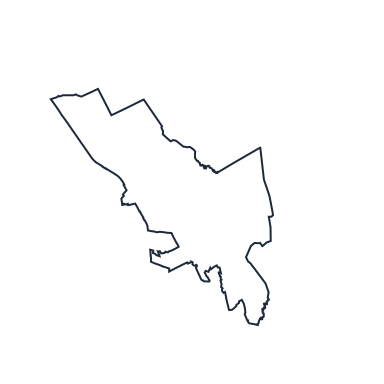 the district of Žīguru pag., Vilakas, Latvia, rotated 62°
{"feature_id": "27541924B94505112001659", "entity_name": "Žīguru pag.", "entity_type": "district", "adm_level": 2, "iso_a3": "LVA", "parent_name": "Latvia", "parent_adm1": "Vilakas", "projection": "robinson", "projection_center": [27.752, 57.307], "detail": "fine", "context": "isolated", "style": "outline", "palette": "slate", "viewbox_px": 384, "rotation_deg": 62, "n_neighbors": 0, "source": "geoboundaries", "source_scale": "gbopen_adm2", "svg_char_len": 5839}
<svg xmlns="http://www.w3.org/2000/svg" viewBox="0 0 384 384"><g transform="rotate(62 192 192)"><path d="M51.1,250.9L50.2,252.6L49.2,254.5L46.1,260.3L45.9,261.3L45.6,263.5L45.4,264.1L45.1,264.5L44.8,264.7L44.5,264.8L44.8,266.2L44.8,267.5L44.5,269.0L43.8,272.6L43.8,273.1L50.9,272.1L56.8,271.4L62.9,270.9L70.5,269.8L113.6,264.7L116.4,264.3L119.5,263.3L119.9,263.3L120.9,262.8L120.9,262.7L126.3,259.6L128.0,258.7L128.1,258.9L130.6,257.5L131.2,257.1L130.9,256.9L132.6,256.0L138.6,252.4L142.3,250.4L143.9,249.7L145.2,249.3L146.6,248.9L148.7,248.6L150.1,248.4L153.8,248.3L153.8,249.1L159.8,249.0L161.2,252.9L161.9,254.2L163.5,254.0L164.4,257.0L164.6,257.4L170.8,259.7L171.0,259.2L170.8,258.8L170.4,258.5L170.5,258.4L170.9,258.2L171.0,258.1L170.9,258.0L170.4,257.7L170.5,257.4L171.2,257.1L171.3,257.0L171.4,256.8L172.1,256.2L172.3,255.9L172.1,255.3L172.2,255.2L172.3,254.2L173.7,254.5L174.3,252.2L175.6,247.6L180.3,247.4L180.6,247.5L184.7,247.5L184.7,247.1L188.0,247.2L191.8,246.9L192.0,247.4L194.5,247.3L194.6,247.0L198.5,247.0L200.7,247.2L205.3,248.9L207.3,246.5L208.1,245.5L208.7,244.4L209.5,243.6L210.3,242.7L211.1,241.9L211.5,240.6L211.7,239.8L212.5,238.3L214.7,235.2L216.4,233.0L217.2,231.6L218.6,229.4L223.1,229.6L227.2,229.6L229.8,229.6L230.2,229.4L234.1,229.5L234.1,231.3L234.2,231.9L234.1,237.7L233.6,239.9L234.0,241.6L232.2,243.5L233.0,244.7L231.8,248.0L229.2,248.2L228.7,249.7L228.4,250.0L233.4,250.8L231.0,253.1L229.4,253.5L227.6,255.1L225.6,253.7L223.4,256.0L229.1,258.4L229.0,258.5L231.8,259.5L233.1,260.2L234.2,261.0L234.3,261.0L238.0,258.0L240.7,255.4L243.3,253.2L243.4,253.3L245.8,251.0L245.9,250.9L246.8,249.9L248.9,248.1L251.5,249.5L251.5,244.6L251.7,235.2L251.9,229.7L252.3,229.5L252.2,229.3L252.7,229.2L253.3,229.2L253.4,227.5L253.5,225.1L253.4,225.1L253.9,224.6L254.1,224.5L255.0,224.7L255.3,224.9L256.0,225.5L256.2,225.4L256.6,225.4L257.3,225.1L257.9,224.7L258.5,224.0L258.6,223.6L258.4,223.1L258.3,222.4L258.8,222.2L259.4,222.2L259.7,222.4L259.9,222.6L260.4,223.8L261.2,224.2L269.3,224.7L273.9,224.9L274.9,224.4L275.3,223.7L276.4,223.4L276.7,223.1L279.1,218.8L278.5,218.0L274.0,218.3L273.4,218.7L268.9,218.5L268.1,216.9L270.2,214.9L269.6,214.2L267.5,211.5L269.1,211.5L268.7,209.2L268.4,207.0L268.5,204.6L270.6,204.7L271.7,203.1L276.9,204.5L275.7,205.1L275.6,206.2L277.1,206.6L278.9,206.4L279.4,206.9L280.4,206.4L281.1,206.8L282.4,207.5L283.3,207.2L283.6,208.4L287.4,209.2L289.5,210.9L291.4,210.2L291.8,211.1L293.6,211.9L295.8,211.5L295.8,209.8L301.3,211.4L301.4,211.6L309.2,213.6L312.0,214.3L313.7,214.6L314.8,212.0L314.4,209.8L313.7,207.2L313.5,206.4L312.5,205.8L312.1,203.5L312.0,202.6L310.6,201.7L310.6,198.7L315.0,198.7L318.2,199.5L320.9,200.4L323.6,201.5L324.4,202.7L324.9,202.9L325.5,202.9L331.3,203.5L331.5,203.4L331.7,203.2L331.8,202.9L332.3,203.2L333.0,203.5L334.8,203.1L335.9,201.7L338.4,198.5L338.5,198.5L340.2,196.5L339.6,196.4L339.2,196.1L339.2,195.9L339.2,195.5L339.3,195.3L339.3,195.1L338.6,194.5L337.3,193.5L335.6,191.1L335.5,190.7L336.0,190.7L336.4,190.7L336.8,190.6L337.1,190.4L337.2,190.1L337.2,189.7L336.4,189.4L335.7,189.1L335.7,188.9L335.8,188.7L335.6,188.2L335.9,187.9L335.8,187.5L335.6,187.3L335.3,187.0L335.2,186.8L333.9,186.3L333.1,185.7L332.8,185.7L332.6,185.8L332.3,186.2L332.0,186.3L331.5,186.2L330.6,185.9L330.2,185.3L330.2,185.1L330.2,184.8L329.8,184.7L329.6,184.5L329.5,184.4L329.4,184.4L329.3,184.5L329.4,184.9L329.3,185.0L328.9,185.2L328.5,185.0L328.3,184.8L328.3,184.5L328.3,184.2L328.4,183.7L328.5,183.6L328.8,183.5L328.8,183.1L328.4,182.9L327.9,182.8L327.8,182.7L327.9,182.4L328.7,182.3L328.8,182.1L328.8,181.9L328.7,181.8L328.4,181.7L327.8,181.7L327.6,181.6L327.6,181.4L327.4,181.3L327.0,181.3L326.9,181.4L326.6,181.4L326.5,181.2L326.5,180.9L326.3,180.8L325.8,180.8L325.6,180.8L325.3,180.9L325.1,181.0L324.9,181.1L324.5,181.0L324.3,180.8L324.3,180.7L324.7,180.3L325.0,180.3L325.5,180.3L325.7,180.2L325.8,180.0L325.7,179.7L325.4,179.4L325.1,179.2L325.2,178.9L325.9,178.8L326.2,178.6L326.3,178.5L326.2,178.3L325.9,178.1L325.0,178.1L323.9,177.6L323.8,177.3L323.9,177.0L324.0,176.8L323.8,176.4L323.7,176.3L323.1,175.9L323.0,175.6L323.2,175.3L323.2,175.2L322.9,175.0L323.0,174.7L320.7,174.7L316.5,171.4L307.2,170.0L287.6,173.0L286.0,173.4L282.7,173.8L279.6,175.1L274.9,174.9L267.3,165.3L266.4,160.7L269.2,156.0L269.1,155.8L270.7,155.5L271.7,155.4L272.7,155.4L272.9,155.2L272.6,154.2L272.3,152.5L271.6,150.2L272.2,145.5L260.0,139.2L249.9,135.8L251.1,133.6L250.5,131.3L243.4,129.0L231.6,125.4L214.9,122.7L184.9,110.9L184.8,111.0L185.9,141.7L186.7,158.1L186.7,159.9L186.3,160.0L186.4,160.3L187.1,160.7L186.7,161.8L185.6,161.6L185.3,161.7L185.0,162.8L184.7,162.8L184.3,162.7L183.5,162.3L183.2,162.2L183.0,162.3L183.1,162.5L183.9,163.0L183.8,163.4L183.4,163.6L183.0,163.7L181.9,163.4L180.3,163.6L179.8,164.0L178.8,165.0L178.5,165.1L178.2,165.0L177.5,164.5L177.3,164.6L176.4,165.3L176.3,165.7L176.4,166.8L176.6,167.3L176.3,167.7L176.0,167.8L175.5,167.9L175.0,168.1L174.9,168.3L175.0,168.4L175.6,168.3L177.5,168.3L177.7,168.6L177.4,168.8L177.0,169.4L177.0,170.0L176.9,170.1L176.3,169.9L175.3,169.9L174.8,169.8L173.6,169.6L172.9,169.9L172.7,170.2L173.1,171.3L173.0,171.5L172.7,171.7L172.5,172.2L172.3,172.2L171.6,171.8L170.0,171.9L169.7,171.5L168.8,172.1L168.5,172.2L167.4,172.1L167.1,172.4L166.8,173.0L164.7,173.2L163.7,173.3L163.2,173.3L162.3,172.8L159.6,171.4L158.8,170.8L157.9,170.2L155.7,170.5L151.3,172.6L151.2,172.8L150.4,174.9L147.9,178.1L147.9,178.3L147.4,178.5L139.3,182.0L139.0,182.2L137.4,184.2L137.3,184.3L137.4,184.5L137.2,187.1L127.4,190.7L126.5,190.0L124.5,188.9L122.9,189.0L120.6,188.7L120.3,188.3L120.0,187.6L90.4,190.9L87.7,191.2L87.6,192.9L87.6,193.1L87.4,199.1L87.1,210.2L86.4,227.1L85.0,227.1L76.9,226.9L56.8,226.6L56.5,233.7L55.8,244.9L53.5,247.2L52.8,247.9L51.4,248.6L51.1,249.2L51.1,249.6L51.2,250.2L51.1,250.9Z" fill="none" stroke="#1e293b" stroke-width="2"/></g></svg>